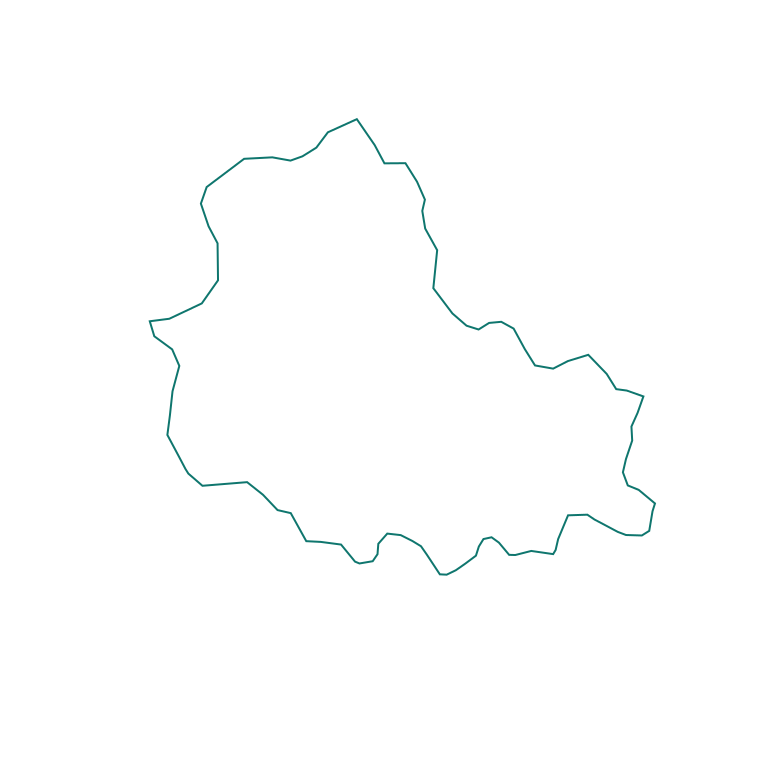 Miryang-si, South Gyeongsang, South Korea (Mercator projection), rotated 58°
{"feature_id": "91817680B88513858108060", "entity_name": "Miryang-si", "entity_type": "district", "adm_level": 2, "iso_a3": "KOR", "parent_name": "South Korea", "parent_adm1": "South Gyeongsang", "projection": "mercator", "projection_center": [128.832, 35.493], "detail": "fine", "context": "isolated", "style": "outline", "palette": "teal", "viewbox_px": 768, "rotation_deg": 58, "n_neighbors": 0, "source": "geoboundaries", "source_scale": "gbopen_adm2", "svg_char_len": 1353}
<svg xmlns="http://www.w3.org/2000/svg" viewBox="0 0 768 768"><g transform="rotate(58 384 384)"><path d="M628.9,217.5L608.8,224.1L599.2,231.0L585.5,228.2L575.9,218.6L563.5,203.5L551.2,196.7L542.9,184.3L532.0,170.6L518.2,181.6L511.4,189.8L493.5,189.8L467.5,195.3L462.0,215.9L460.6,232.4L448.3,246.1L429.0,246.1L405.7,244.7L393.4,251.6L387.9,262.5L387.9,274.9L378.3,283.1L360.4,288.6L328.9,291.4L298.7,268.0L274.0,266.7L257.5,259.8L249.3,251.6L230.0,248.8L208.1,248.8L197.1,266.7L176.5,265.3L145.0,266.7L140.8,298.2L147.7,316.1L147.7,332.5L145.0,344.9L132.6,358.6L118.9,383.3L123.0,430.0L134.0,443.7L157.3,449.2L176.5,450.6L208.1,469.8L219.1,495.8L214.9,531.5L206.9,548.9L206.7,549.4L221.8,553.5L242.4,545.3L260.2,548.0L278.1,567.2L297.3,582.3L312.4,594.7L337.3,596.4L350.8,597.4L356.3,597.4L374.1,591.9L394.7,552.1L413.9,545.3L434.5,541.1L444.1,531.5L476.1,533.2L484.4,521.3L497.4,505.5L519.3,502.7L523.2,499.9L528.3,487.5L524.9,479.7L516.5,473.5L512.6,460.5L521.0,449.9L532.2,443.1L541.2,438.6L551.3,438.1L575.0,437.5L578.9,431.9L580.0,421.8L579.4,410.0L578.3,397.0L572.1,389.7L568.2,381.8L571.0,374.0L579.4,370.6L595.2,368.4L598.6,363.3L603.6,347.6L617.9,330.7L615.7,326.4L607.8,318.5L592.9,297.5L602.6,280.8L610.5,277.3L633.3,264.1L640.3,258.8L649.1,245.6L649.1,236.9L634.2,223.7L628.9,217.5Z" fill="none" stroke="#0f766e" stroke-width="2"/></g></svg>